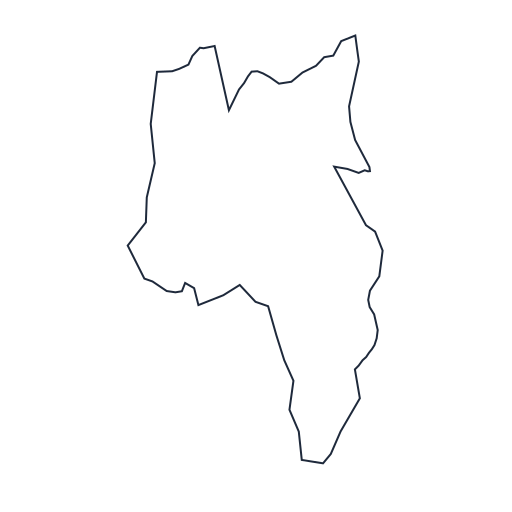 map outline of Erglu (Equal Earth projection), rotated 84°
{"feature_id": "LVA-5786", "entity_name": "Erglu", "entity_type": "Municipality", "adm_level": 1, "iso_a3": "LVA", "parent_name": "Latvia", "parent_adm1": "", "projection": "equal_earth", "projection_center": [25.673, 56.885], "detail": "fine", "context": "isolated", "style": "outline", "palette": "slate", "viewbox_px": 512, "rotation_deg": 84, "n_neighbors": 0, "source": "natural_earth", "source_scale": "10m", "svg_char_len": 1111}
<svg xmlns="http://www.w3.org/2000/svg" viewBox="0 0 512 512"><g transform="rotate(84 256 256)"><path d="M47.1,134.2L61.4,133.8L73.4,133.4L116.9,147.8L132.5,148.1L151.0,145.3L179.4,133.9L183.5,133.8L183.5,135.8L182.1,138.9L184.1,145.2L179.0,155.9L175.3,168.9L236.9,143.4L244.2,135.0L263.9,129.5L289.1,135.5L302.4,146.3L311.4,149.0L318.7,148.3L326.4,144.6L342.4,142.7L350.5,144.6L357.0,147.5L360.8,150.5L364.0,153.7L368.0,157.0L370.8,160.9L375.7,165.3L379.1,169.5L408.4,167.6L439.3,190.2L460.7,202.3L469.2,211.0L463.6,231.8L435.1,231.8L412.4,238.8L384.0,231.8L362.6,238.8L337.1,244.0L307.2,249.2L301.5,261.3L283.1,275.2L291.6,292.6L298.8,318.4L281.5,320.9L275.4,329.3L283.3,333.4L283.7,339.9L281.5,348.5L270.5,361.6L266.8,369.4L232.2,382.5L211.0,362.0L186.3,358.5L153.1,347.0L113.6,346.9L62.5,335.2L63.5,320.1L61.9,313.0L58.6,303.2L50.4,298.4L43.0,290.0L43.9,286.4L42.8,275.2L108.2,267.7L88.6,255.5L82.8,249.8L76.5,245.2L72.2,241.1L72.4,235.3L75.1,230.0L79.5,223.7L87.0,215.1L86.4,202.6L78.4,190.6L73.1,176.4L65.4,167.4L64.8,158.2L51.2,148.8L47.1,134.2Z" fill="none" stroke="#1e293b" stroke-width="2"/></g></svg>